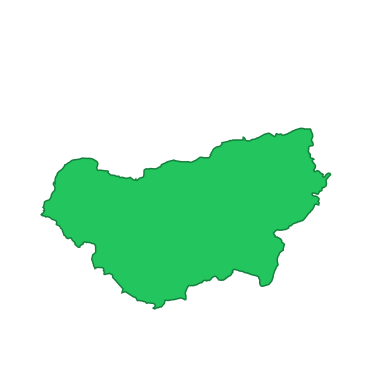 Sijunjung, Sumatera Barat, Indonesia, rotated 308°
{"feature_id": "22746128B5140836931072", "entity_name": "Sijunjung", "entity_type": "district", "adm_level": 2, "iso_a3": "IDN", "parent_name": "Indonesia", "parent_adm1": "Sumatera Barat", "projection": "orthographic", "projection_center": [101.017, -0.649], "detail": "fine", "context": "isolated", "style": "filled", "palette": "green", "viewbox_px": 384, "rotation_deg": 308, "n_neighbors": 0, "source": "geoboundaries", "source_scale": "gbopen_adm2", "svg_char_len": 5962}
<svg xmlns="http://www.w3.org/2000/svg" viewBox="0 0 384 384"><g transform="rotate(308 192 192)"><path d="M314.5,246.6L314.1,245.8L313.1,245.0L312.5,243.7L311.4,242.8L310.7,240.9L309.2,238.5L304.6,235.2L302.9,234.5L301.9,233.6L300.7,233.4L298.3,232.1L296.9,231.6L292.6,228.8L292.4,227.9L292.5,226.4L290.7,225.0L290.0,222.7L289.0,222.6L287.9,223.4L286.4,222.7L285.9,216.9L285.3,216.0L282.1,213.6L275.4,210.8L275.3,210.4L272.3,209.0L270.4,207.0L267.9,206.1L266.5,204.3L265.8,202.8L265.8,202.0L266.7,200.8L266.9,199.3L266.7,198.7L264.3,200.1L258.2,192.3L257.1,191.7L255.6,189.9L255.0,189.9L252.6,188.2L249.3,185.2L248.0,186.2L245.2,185.9L242.6,183.6L240.0,182.7L238.3,182.6L236.6,183.0L234.8,183.1L232.8,183.9L232.6,183.6L232.1,184.2L230.3,184.4L229.1,183.9L226.3,180.4L225.6,178.7L224.3,177.0L219.8,175.7L214.5,172.9L213.8,170.8L209.6,165.5L206.2,159.4L206.1,158.2L200.7,154.0L199.1,153.3L198.3,153.3L198.0,152.8L194.7,151.1L192.6,151.8L191.7,150.9L189.2,150.0L187.4,148.7L184.7,144.5L183.7,144.0L181.9,141.5L180.4,140.9L180.0,140.8L178.8,141.4L176.4,143.3L174.3,144.3L173.4,144.2L170.5,142.1L168.6,141.9L167.1,141.3L167.1,140.5L167.6,139.8L166.2,139.7L165.5,138.5L165.5,134.3L163.9,133.4L162.1,131.4L160.6,127.9L159.0,126.3L159.4,124.6L157.9,123.0L157.5,120.9L156.8,120.2L156.7,119.5L155.4,117.7L155.4,114.0L157.3,112.9L157.0,113.0L155.9,111.7L152.7,106.2L151.2,104.7L151.1,103.6L152.7,101.8L154.4,101.4L156.4,100.3L157.2,99.3L157.4,97.8L157.0,94.0L156.5,92.5L155.5,90.6L153.7,88.4L150.9,84.4L148.7,83.2L144.3,78.9L142.5,77.7L140.3,77.3L138.3,76.4L136.0,75.8L135.0,75.1L134.2,75.5L131.5,75.7L129.2,75.5L127.0,74.7L124.0,74.4L122.8,74.8L122.6,75.2L120.4,75.3L118.8,75.8L115.9,77.5L114.5,78.8L114.5,77.3L113.2,77.6L112.7,78.0L111.8,80.4L110.5,81.9L108.6,82.8L106.0,82.5L103.6,82.8L101.1,84.1L98.8,84.4L98.0,84.3L96.9,83.8L96.2,83.1L94.1,82.0L93.1,82.0L91.2,83.1L89.0,84.1L88.2,84.0L87.9,86.0L86.8,86.6L87.1,86.7L86.2,86.6L86.5,87.2L85.4,87.5L82.8,87.6L82.7,87.2L81.3,87.1L81.1,88.6L81.6,88.8L82.2,90.8L82.5,91.3L82.3,92.2L83.6,93.2L84.2,94.8L84.5,96.4L84.3,98.5L85.4,101.4L85.5,103.0L84.5,104.4L83.2,104.8L82.8,105.2L83.6,108.2L83.3,109.7L82.6,110.9L82.6,112.4L81.8,113.8L81.1,114.5L80.7,115.7L79.2,117.5L79.5,119.0L78.6,121.0L78.8,122.6L79.3,123.3L80.3,123.7L81.4,125.3L80.4,127.1L79.9,131.5L79.0,131.7L78.7,132.1L78.4,136.0L78.8,136.9L79.5,137.5L81.1,136.9L84.0,138.2L85.0,137.4L86.8,138.4L87.2,138.9L87.3,140.1L87.7,140.2L89.4,142.9L89.8,144.6L90.7,146.3L90.8,147.9L89.8,149.5L85.5,153.0L84.7,153.2L81.3,152.5L77.3,154.4L74.1,159.2L73.4,159.8L72.4,162.2L71.9,162.7L72.5,163.1L73.3,163.0L74.3,163.8L77.0,167.6L77.4,168.9L77.0,169.9L75.4,170.7L75.4,171.6L74.8,172.3L73.1,173.2L73.2,173.8L73.7,174.5L74.9,175.1L75.9,176.3L76.6,176.6L77.1,177.2L77.7,180.4L75.8,182.3L75.2,186.9L74.9,187.6L73.2,197.3L69.5,198.8L72.5,200.9L73.3,210.5L74.2,212.6L72.8,215.7L72.9,216.1L73.9,216.8L74.2,217.7L75.7,220.2L75.8,221.1L76.4,221.9L76.6,222.5L76.4,224.8L77.7,225.7L80.4,230.1L80.5,231.8L80.1,233.0L78.5,233.3L76.6,232.9L76.7,234.2L77.3,234.9L78.5,235.2L80.2,236.7L81.9,237.7L82.5,238.6L87.2,238.8L90.1,237.4L92.1,240.3L94.6,242.4L96.1,244.1L101.7,248.4L102.5,250.9L102.7,252.6L103.3,253.3L104.3,252.8L106.4,251.2L107.6,249.4L109.5,248.3L113.3,247.3L116.2,247.0L117.0,247.9L117.1,248.5L117.9,249.0L119.1,250.9L120.6,251.7L121.2,252.4L122.5,253.2L123.5,253.4L124.8,254.2L125.9,254.5L126.1,255.1L126.8,255.3L127.1,255.7L128.9,255.6L130.3,256.3L130.4,257.0L131.0,257.5L131.0,258.3L131.7,258.4L131.8,258.9L132.7,259.4L133.1,260.2L134.4,260.6L137.3,260.6L139.6,261.8L140.1,262.6L140.1,263.8L139.8,264.6L139.8,266.1L139.3,266.6L139.3,267.4L140.8,269.9L141.5,270.1L141.9,271.0L143.5,271.6L144.9,271.7L144.9,272.0L147.6,272.4L147.8,272.8L148.6,272.8L149.7,273.7L151.1,273.7L151.7,273.4L153.5,273.7L153.7,273.0L154.9,272.9L155.1,272.4L156.5,272.6L157.1,273.0L157.7,273.8L157.7,274.6L158.8,276.4L158.8,277.8L159.8,279.2L159.9,279.9L160.8,281.0L160.8,282.7L162.2,285.5L163.1,286.0L162.3,285.9L162.7,287.3L163.2,287.6L163.1,288.8L165.4,293.8L166.2,296.4L165.4,297.9L165.1,297.9L164.6,299.4L161.4,301.9L160.6,303.6L160.6,304.9L161.6,306.0L166.5,309.5L171.1,309.6L175.1,308.2L176.0,307.4L180.1,305.9L185.4,304.7L187.5,304.7L190.1,301.7L191.4,300.5L194.0,299.4L195.4,299.3L198.3,298.5L201.7,299.4L202.3,299.8L203.4,298.8L207.7,297.0L207.8,293.6L208.9,292.6L209.5,290.9L209.0,287.1L207.9,285.1L208.0,284.8L208.9,284.3L209.3,282.3L209.9,281.5L213.0,281.8L215.0,282.5L215.2,283.7L216.8,285.8L220.4,289.0L223.2,290.3L224.1,289.7L224.6,289.7L225.6,289.8L226.3,290.8L226.9,290.7L227.8,291.1L229.0,291.1L233.1,293.8L233.7,293.7L234.2,294.4L234.9,294.7L235.3,295.3L236.9,296.0L237.4,296.7L239.5,297.1L247.6,297.1L249.0,297.6L250.9,297.3L252.1,297.7L255.6,297.2L256.4,296.7L257.9,296.5L258.7,297.1L259.8,299.8L261.8,298.8L262.0,297.2L263.9,296.9L265.1,296.1L265.3,293.2L264.8,291.8L264.1,291.1L263.6,289.3L263.9,288.2L264.6,287.7L265.3,287.6L266.1,288.6L266.8,289.6L267.1,291.3L267.8,292.6L268.6,292.6L271.2,292.1L271.9,292.8L272.8,293.3L273.6,293.2L275.3,292.0L275.9,292.0L276.4,292.9L276.8,293.2L279.4,293.8L281.2,293.0L283.5,290.6L284.1,290.3L286.3,290.2L290.9,290.5L291.4,290.0L291.5,289.2L291.0,288.1L290.2,287.5L287.7,287.0L285.4,287.3L285.0,286.8L284.5,285.8L284.6,285.5L285.5,285.1L285.8,284.6L286.5,284.6L286.6,283.9L286.1,281.6L286.5,279.8L286.4,278.5L285.8,277.4L284.4,276.9L283.4,275.9L283.5,275.3L284.4,274.9L284.5,274.2L286.9,274.2L287.2,273.8L287.8,273.8L289.0,272.8L290.2,267.9L290.7,267.4L291.8,267.4L292.9,267.8L292.8,266.4L292.0,265.2L291.9,264.5L292.7,262.9L293.2,263.0L294.3,262.2L294.4,260.9L294.8,261.0L294.8,260.2L295.4,259.3L295.3,258.7L297.6,257.6L298.5,256.9L298.7,256.5L299.7,256.3L301.3,257.0L302.8,258.6L303.7,258.5L304.4,257.6L304.8,257.5L305.3,256.6L305.2,256.1L305.6,256.1L305.6,255.4L306.6,254.0L310.0,253.1L310.4,252.5L311.4,251.8L312.8,249.5L312.9,248.8L313.4,248.4L313.8,247.4L314.4,247.2L314.5,246.6Z" fill="#22c55e" stroke="#15803d" stroke-width="1.5"/></g></svg>